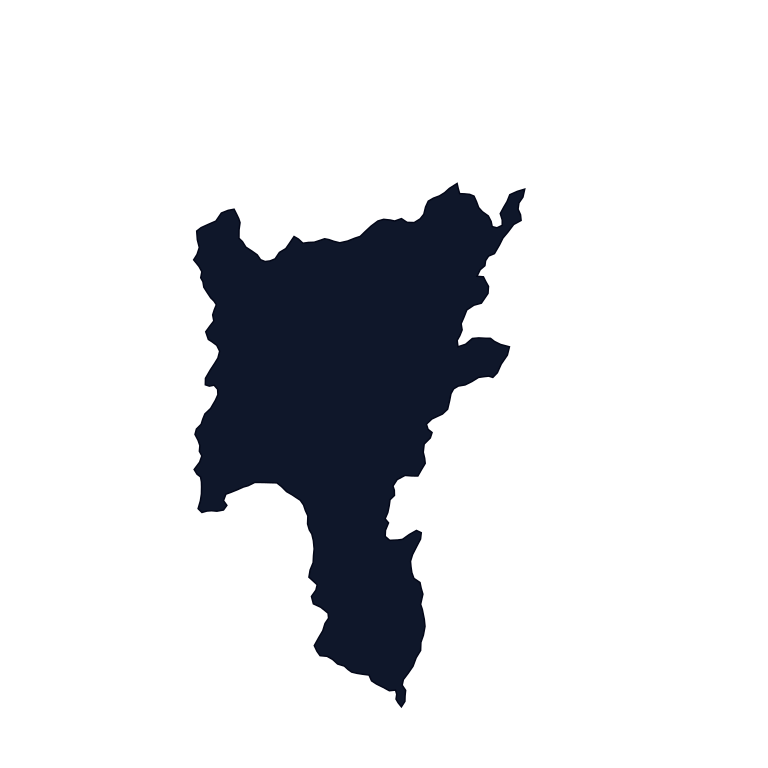 Dores de Guanhães, Minas Gerais, Brazil, rotated 45°
{"feature_id": "56859067B7417265960826", "entity_name": "Dores de Guanhães", "entity_type": "district", "adm_level": 2, "iso_a3": "BRA", "parent_name": "Brazil", "parent_adm1": "Minas Gerais", "projection": "equal_earth", "projection_center": [-42.922, -19.035], "detail": "fine", "context": "isolated", "style": "filled", "palette": "ink", "viewbox_px": 768, "rotation_deg": 45, "n_neighbors": 0, "source": "geoboundaries", "source_scale": "gbopen_adm2", "svg_char_len": 3770}
<svg xmlns="http://www.w3.org/2000/svg" viewBox="0 0 768 768"><g transform="rotate(45 384 384)"><path d="M549.8,498.9L542.6,500.3L537.1,497.7L532.4,494.2L528.1,490.6L524.8,484.4L522.0,475.8L519.5,467.8L515.5,462.8L510.5,464.6L508.3,472.5L506.9,480.8L504.0,484.6L498.6,490.5L492.6,490.9L488.5,486.4L485.4,479.0L480.1,478.5L477.6,472.2L473.7,466.3L470.1,461.6L470.2,455.4L466.4,451.8L462.5,449.8L460.9,442.3L463.5,433.8L468.7,429.3L473.0,425.1L471.0,417.8L469.3,411.0L465.2,407.7L460.0,404.5L454.9,398.1L454.9,389.4L452.3,384.3L447.2,384.9L442.4,382.4L442.6,374.9L444.6,369.3L446.6,363.9L446.8,356.8L442.2,349.4L438.2,343.5L436.7,338.2L438.0,332.9L442.0,327.3L444.4,320.2L446.2,312.5L449.6,308.0L452.5,304.4L456.3,302.4L456.2,295.9L452.8,287.0L450.8,276.3L446.4,269.0L438.5,273.6L432.0,275.8L427.0,276.4L423.3,280.0L418.4,284.4L414.3,289.3L413.6,298.2L410.0,305.4L404.9,301.4L403.4,296.1L401.0,290.5L395.9,286.8L393.3,280.2L390.2,273.1L391.8,264.8L395.7,258.0L393.5,246.4L388.9,241.1L383.6,239.6L378.5,237.9L373.6,242.1L371.2,235.2L371.7,229.0L368.6,224.9L367.5,219.6L369.9,213.7L367.3,203.9L364.9,196.7L364.2,188.8L362.9,179.5L365.3,171.4L360.9,167.8L355.2,165.6L351.4,160.6L350.1,153.6L345.7,146.7L342.0,153.6L339.1,161.2L342.0,168.0L343.5,173.9L345.7,181.3L351.6,184.4L355.4,188.2L353.4,193.7L349.2,196.2L344.8,193.3L338.9,191.4L331.7,192.6L326.2,192.3L320.6,189.7L314.8,187.5L310.5,189.3L306.5,192.6L302.9,195.9L298.3,193.3L293.9,190.5L291.9,199.4L291.6,205.8L290.2,211.8L287.5,217.7L286.0,223.4L288.2,229.4L292.1,235.8L292.8,241.7L291.2,248.5L286.0,253.4L279.4,254.7L276.3,261.2L272.5,263.6L267.3,267.8L264.4,273.1L263.2,281.4L262.9,289.7L262.8,296.5L260.2,301.6L257.2,308.6L252.9,315.4L247.6,318.6L243.0,320.8L239.3,323.3L237.1,327.8L234.4,333.1L230.5,337.3L227.1,341.8L221.0,342.0L216.1,343.3L217.7,351.5L218.8,357.7L217.0,364.9L218.5,372.5L216.4,377.5L213.3,381.5L208.8,383.4L203.0,382.3L196.6,383.4L189.5,384.9L183.2,383.4L178.4,383.5L172.5,377.5L168.1,371.7L164.4,369.8L160.2,368.3L154.4,366.4L151.0,371.4L148.1,378.1L149.9,387.7L146.9,395.3L144.1,402.8L143.4,408.3L150.0,414.0L156.9,418.1L160.2,424.6L161.6,430.8L170.1,431.7L175.8,433.4L179.3,438.5L183.6,439.7L188.2,443.0L194.6,444.4L200.5,445.6L205.2,445.6L209.4,446.5L211.5,451.5L214.0,456.3L219.1,459.8L219.9,466.1L221.0,473.1L228.3,476.7L232.3,475.8L238.4,474.9L244.6,477.0L248.2,483.1L249.7,489.4L251.2,496.7L253.7,506.2L258.2,510.9L262.0,509.0L264.7,505.0L270.1,505.4L274.1,509.0L276.3,514.8L278.7,523.9L278.5,531.8L280.7,537.0L283.2,541.8L283.2,548.5L286.0,553.3L292.4,555.3L297.3,557.7L301.0,562.1L306.0,563.6L308.9,569.6L310.2,578.7L315.6,580.0L319.9,579.4L324.1,582.3L327.8,585.8L332.7,590.9L336.8,596.5L340.7,603.6L346.1,603.6L348.6,599.1L351.7,595.5L355.8,592.1L359.6,586.6L358.7,580.9L353.0,580.0L350.1,573.7L352.3,569.0L355.1,562.4L357.4,556.3L359.8,552.1L362.2,545.0L368.3,539.0L373.5,534.1L378.1,529.7L383.9,529.0L391.2,529.0L397.5,527.3L402.1,526.4L406.9,525.4L412.6,526.4L417.8,529.0L423.4,531.1L428.9,537.0L434.4,540.0L439.0,541.1L444.8,544.7L451.2,550.0L455.4,555.1L460.2,560.4L463.3,567.8L467.5,573.7L473.5,573.4L478.7,573.2L481.6,577.9L482.9,585.5L489.5,589.4L497.1,586.6L506.5,585.6L510.4,588.8L511.6,595.0L515.2,601.8L517.2,609.6L519.7,618.3L525.6,620.4L530.9,621.3L536.3,616.8L542.4,615.1L549.2,614.8L555.4,611.5L560.4,611.3L564.8,610.6L569.5,607.7L574.3,604.2L579.2,600.4L585.1,602.7L590.8,601.5L597.9,599.1L604.7,597.1L608.6,592.3L612.4,594.4L615.3,598.3L619.4,599.4L624.6,600.0L623.2,593.6L619.5,589.7L615.9,585.3L609.8,584.1L606.7,579.3L605.6,571.3L604.1,563.1L600.3,554.8L598.3,546.5L592.8,540.6L589.5,533.8L584.4,526.4L578.9,521.9L575.0,519.3L570.5,516.3L565.7,513.9L562.9,509.5L560.1,505.1L554.5,502.0L549.8,498.9Z" fill="#0f172a" stroke="#020617" stroke-width="1.5"/></g></svg>